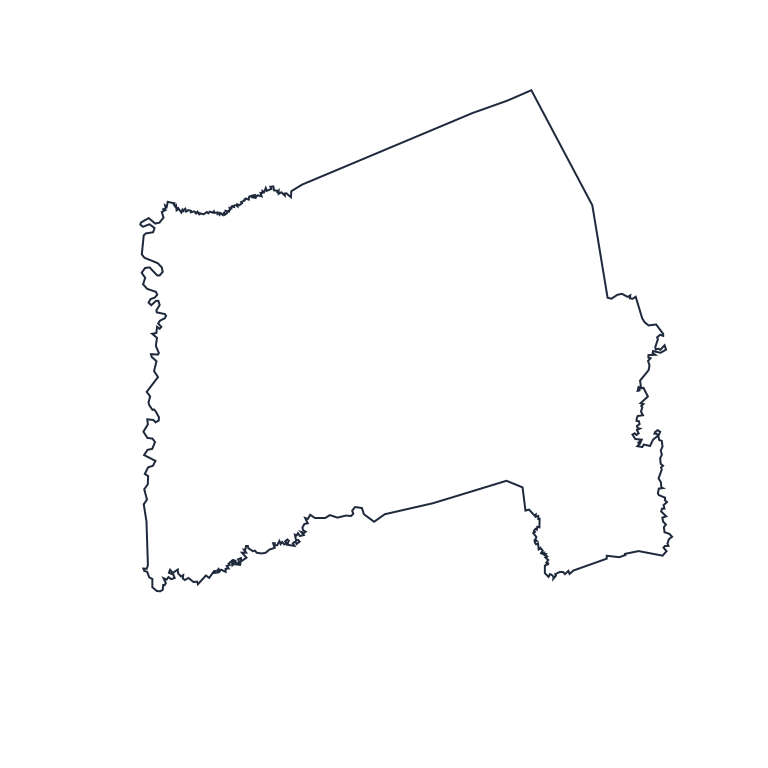 Jayapura, Papua, Indonesia, rotated 74°
{"feature_id": "22746128B71103770185906", "entity_name": "Jayapura", "entity_type": "district", "adm_level": 2, "iso_a3": "IDN", "parent_name": "Indonesia", "parent_adm1": "Papua", "projection": "mercator", "projection_center": [140.203, -3.036], "detail": "fine", "context": "isolated", "style": "outline", "palette": "slate", "viewbox_px": 768, "rotation_deg": 74, "n_neighbors": 0, "source": "geoboundaries", "source_scale": "gbopen_adm2", "svg_char_len": 6153}
<svg xmlns="http://www.w3.org/2000/svg" viewBox="0 0 768 768"><g transform="rotate(74 384 384)"><path d="M625.8,163.5L622.6,158.5L618.4,160.4L617.2,158.7L618.0,155.2L615.5,155.5L611.7,152.9L610.2,149.2L606.7,151.0L603.8,155.2L598.7,154.4L596.8,151.7L593.3,153.6L589.2,153.3L589.0,149.2L582.9,152.7L580.5,151.2L581.1,148.8L577.4,148.6L575.5,144.5L573.1,146.0L570.7,145.2L566.6,150.4L564.7,150.9L560.3,148.7L560.9,144.7L559.8,145.9L554.8,144.9L550.5,146.1L542.8,140.6L540.5,140.6L539.5,138.3L537.1,140.0L531.7,139.1L528.4,136.3L524.2,136.3L520.9,133.5L515.3,132.7L513.5,135.0L509.5,134.5L506.0,131.7L503.8,133.7L505.0,136.8L506.3,137.7L506.9,135.7L509.2,134.7L511.6,140.6L516.9,145.4L513.8,151.0L515.8,153.1L513.6,157.6L512.3,155.3L510.5,155.7L509.7,154.1L511.1,153.7L508.5,151.6L506.2,157.6L501.1,159.1L500.5,156.6L502.6,155.3L501.6,152.8L498.0,153.6L497.4,150.4L496.4,152.4L494.1,152.5L493.0,149.4L490.1,149.2L489.1,151.4L487.1,150.7L484.7,149.0L485.4,143.7L481.4,144.6L477.7,142.2L476.1,142.8L474.8,140.2L473.2,142.7L468.8,133.8L459.2,135.6L458.7,139.6L460.6,140.2L460.5,142.1L457.0,140.1L458.7,138.0L451.3,136.9L443.6,125.8L439.4,123.7L434.6,123.8L432.7,120.7L431.5,122.6L429.1,121.8L430.7,115.2L428.3,117.2L426.5,116.3L430.2,109.6L428.7,103.4L424.1,103.6L427.3,109.0L425.7,110.5L425.7,113.2L423.3,113.1L416.5,108.4L414.4,108.6L412.8,104.9L414.7,102.4L412.9,101.8L401.8,106.0L400.6,113.5L396.6,116.4L392.1,117.7L369.5,118.0L370.6,121.5L369.4,124.0L366.7,122.9L367.5,125.7L362.9,130.4L362.6,135.2L364.7,141.9L362.7,145.3L269.6,134.5L142.2,161.4L145.6,187.1L147.9,224.1L169.7,407.5L173.1,419.9L178.8,422.0L173.8,425.3L173.5,427.0L175.5,427.4L171.4,429.9L172.1,432.8L169.5,432.1L171.1,433.9L168.9,433.1L167.5,436.4L163.6,435.9L163.1,438.8L165.4,438.6L166.0,443.4L163.0,443.6L166.5,446.3L164.9,447.6L166.9,448.2L166.3,450.0L169.9,449.9L167.8,453.4L168.9,455.4L167.0,455.6L167.6,457.9L169.2,457.2L168.1,459.4L166.6,458.2L166.7,461.9L169.5,463.2L167.6,465.6L168.6,466.9L167.2,467.2L169.2,467.4L169.8,471.2L171.1,470.7L172.3,473.8L170.9,475.4L172.9,475.8L171.3,477.0L171.2,479.6L172.4,479.5L171.3,481.6L173.2,482.3L172.2,483.9L174.2,484.0L174.9,486.4L176.2,484.8L174.1,488.2L176.6,488.0L177.5,490.9L175.4,490.6L176.9,492.6L174.9,493.7L175.9,495.3L174.3,495.2L174.7,497.1L173.2,496.7L172.8,499.7L171.1,499.9L172.2,501.4L170.3,503.9L171.5,505.9L169.9,506.8L171.1,510.7L168.9,514.3L170.8,514.7L167.0,515.7L168.8,518.4L167.2,517.5L165.7,519.1L165.7,522.3L164.3,521.9L162.9,524.2L163.7,526.7L160.7,526.7L161.6,529.0L163.5,529.3L161.0,529.8L163.3,531.6L158.0,533.4L157.7,534.9L159.4,534.1L159.9,535.5L154.8,534.7L155.5,536.0L153.4,536.6L152.5,535.7L149.3,541.7L153.9,544.1L152.2,545.2L154.6,545.4L155.6,547.1L154.5,548.8L156.6,546.3L157.4,550.2L163.3,550.1L167.0,555.4L166.7,559.7L159.6,564.5L161.8,573.2L163.6,574.3L166.4,572.4L165.8,565.4L170.8,561.6L174.5,564.1L173.6,571.2L174.9,574.0L192.7,581.1L196.7,579.4L205.5,568.2L210.6,565.5L215.2,565.8L217.8,569.8L217.1,572.1L207.3,577.2L206.6,581.7L210.3,586.3L216.1,584.3L221.8,588.1L227.3,585.4L232.6,577.8L235.7,577.4L237.7,580.4L238.1,585.1L240.9,587.9L244.1,586.0L241.3,580.4L241.8,578.0L246.3,577.9L250.4,582.5L252.5,582.7L256.4,575.3L258.2,574.7L260.3,576.4L261.4,582.0L263.7,584.4L267.7,582.3L269.1,584.5L266.5,586.4L272.3,588.8L271.8,593.0L277.0,589.5L284.5,592.8L292.1,591.9L293.4,593.1L291.1,599.8L294.1,599.8L299.4,596.4L308.2,601.5L315.0,599.3L326.2,614.3L331.5,612.2L336.7,615.4L339.7,615.5L345.0,613.7L345.1,612.1L347.6,611.0L353.9,609.5L357.0,610.6L357.9,614.1L355.0,615.6L352.7,621.3L357.7,622.1L363.5,628.4L370.6,626.3L372.7,621.6L376.7,620.1L382.5,624.7L382.1,629.4L386.2,634.2L394.9,624.9L398.9,628.6L399.1,633.7L404.5,638.7L407.5,636.1L415.3,638.7L419.1,643.5L429.8,643.7L433.4,648.1L450.6,650.2L493.1,660.9L496.2,663.0L495.1,666.2L497.5,666.0L499.3,663.4L505.1,663.0L507.6,660.4L515.5,662.7L520.3,659.5L521.6,656.4L520.8,653.4L516.3,651.6L516.9,650.3L515.3,648.6L509.9,649.5L512.1,646.9L510.2,644.4L512.9,642.4L512.8,638.7L509.2,639.0L506.2,642.8L503.6,640.8L507.4,639.1L505.5,633.4L509.2,634.1L513.0,632.3L512.4,629.7L515.5,631.0L517.5,629.5L516.6,625.4L521.8,621.7L522.5,618.1L525.2,618.1L519.0,608.0L522.2,605.5L516.9,598.8L517.4,597.4L518.9,598.8L519.4,594.9L517.0,595.2L516.2,594.0L518.6,593.5L517.6,591.8L520.9,588.0L518.0,587.2L518.5,584.2L515.6,585.3L515.4,582.1L513.8,582.8L511.5,577.9L512.5,576.2L514.2,579.4L516.4,579.7L514.1,575.6L516.7,575.8L518.2,572.2L516.5,571.4L516.3,574.9L515.0,572.2L512.3,572.6L512.0,569.5L515.1,570.3L513.1,564.1L507.0,567.0L508.1,563.0L504.5,564.4L504.9,562.8L501.7,561.3L502.2,559.5L504.4,559.7L508.6,556.1L508.6,554.0L511.2,552.8L513.2,548.2L513.6,544.2L511.6,539.9L511.3,534.2L506.5,534.5L506.9,532.9L509.2,533.6L509.5,531.1L506.1,527.8L509.3,527.5L507.8,525.5L510.7,524.1L510.3,521.2L508.1,522.5L506.8,519.8L508.4,518.7L511.9,521.3L514.9,514.7L512.1,515.6L511.2,513.8L511.3,512.4L513.7,512.2L512.3,508.6L510.4,509.4L509.9,511.6L504.3,511.2L505.5,509.7L503.7,507.8L507.0,506.7L507.1,502.7L503.5,504.4L505.2,502.0L504.4,500.0L502.3,502.1L499.5,502.0L496.6,499.1L496.9,495.7L491.1,496.7L492.7,494.4L489.4,491.0L493.8,487.3L496.6,477.4L495.1,472.2L499.6,465.6L500.0,456.8L501.8,452.0L500.3,449.3L497.0,449.5L494.4,445.9L495.1,443.8L497.2,439.4L503.6,439.2L513.7,431.5L509.4,419.2L512.1,369.7L510.8,292.9L521.6,279.3L544.7,282.9L544.7,279.2L551.9,275.6L551.3,274.1L553.4,274.8L553.4,272.1L556.3,272.9L556.5,271.6L564.6,274.1L563.5,276.0L566.1,277.2L565.0,278.3L566.6,280.5L567.9,279.7L568.5,281.6L573.1,279.7L575.2,281.4L576.5,280.7L575.3,283.0L576.9,281.6L577.8,282.7L580.0,282.0L579.7,279.9L585.6,280.9L584.9,279.1L586.4,279.1L585.2,278.6L587.8,277.4L589.9,279.7L591.3,278.1L589.9,277.9L590.2,276.4L591.6,277.1L592.0,275.5L592.6,276.5L593.7,276.8L592.6,276.0L594.8,274.7L595.2,276.7L598.5,274.6L600.5,277.2L601.6,275.6L602.4,275.8L602.9,279.4L610.1,281.5L614.8,279.0L612.5,276.9L613.3,275.8L615.9,274.1L617.9,274.9L615.6,271.5L614.0,271.8L613.1,266.7L614.2,263.6L616.6,262.5L614.5,258.3L617.7,258.0L615.5,253.3L613.3,218.1L610.5,217.2L615.3,205.7L615.0,199.2L613.7,199.2L614.8,185.3L625.8,163.5Z" fill="none" stroke="#1e293b" stroke-width="2"/></g></svg>